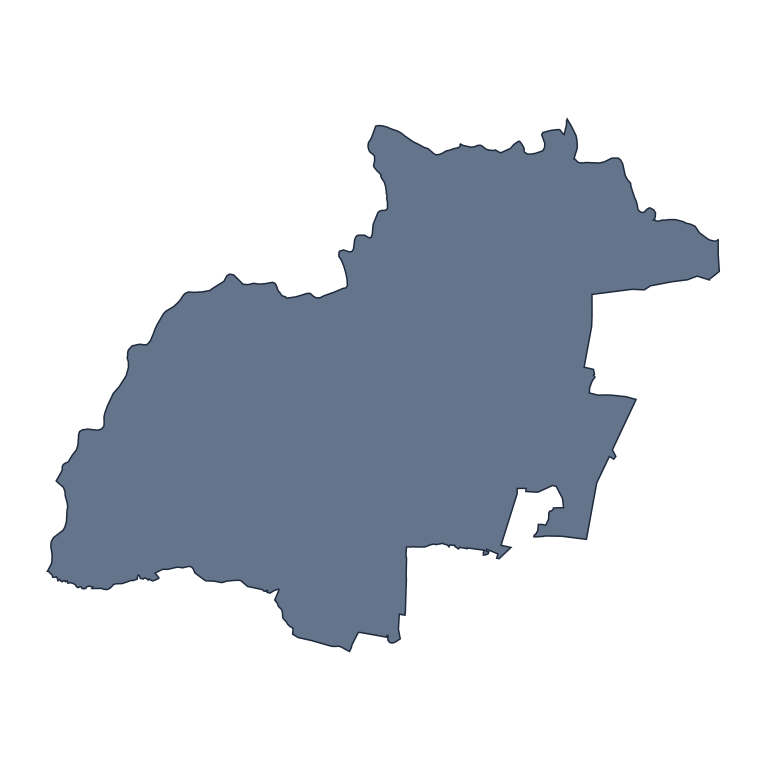 the district of Tonalá, Jalisco, Mexico, rotated 271°
{"feature_id": "50627088B51379954961865", "entity_name": "Tonalá", "entity_type": "district", "adm_level": 2, "iso_a3": "MEX", "parent_name": "Mexico", "parent_adm1": "Jalisco", "projection": "orthographic", "projection_center": [-103.228, 20.618], "detail": "fine", "context": "isolated", "style": "filled", "palette": "slate", "viewbox_px": 768, "rotation_deg": 271, "n_neighbors": 0, "source": "geoboundaries", "source_scale": "gbopen_adm2", "svg_char_len": 6102}
<svg xmlns="http://www.w3.org/2000/svg" viewBox="0 0 768 768"><g transform="rotate(271 384 384)"><path d="M132.2,297.0L129.0,302.6L126.2,316.1L120.9,335.9L120.7,338.8L121.0,343.3L120.4,345.5L115.9,354.2L119.7,355.9L122.6,356.5L135.1,362.6L135.2,364.5L130.8,391.6L132.5,391.4L132.7,392.1L132.1,392.5L129.7,392.3L127.6,392.5L125.7,394.3L125.3,395.7L125.2,397.5L126.3,400.0L129.5,404.7L139.1,402.7L154.1,403.3L153.2,409.0L155.2,409.0L155.2,409.3L189.4,409.8L194.0,409.5L209.7,409.6L214.0,408.9L221.4,409.4L221.7,410.6L221.5,411.7L221.5,414.6L221.9,415.1L221.6,418.1L221.7,426.5L222.0,428.3L224.5,434.7L224.8,437.1L224.3,438.7L225.7,445.5L225.0,446.7L224.4,449.4L223.7,450.6L222.3,451.8L224.2,452.7L223.8,457.8L222.8,457.8L220.4,461.3L222.0,462.6L220.8,470.0L221.6,470.1L219.5,487.3L217.3,486.3L214.7,486.3L214.9,488.2L215.9,491.0L217.9,491.7L218.8,489.1L220.5,489.7L216.1,500.9L211.8,499.7L211.3,502.1L222.8,513.8L224.8,503.8L276.4,519.0L281.9,519.0L282.1,527.9L279.0,527.7L278.5,538.4L278.8,540.4L285.5,554.3L284.6,558.0L272.6,564.5L263.5,565.7L263.0,555.5L261.9,555.5L259.8,553.6L259.9,552.1L258.4,551.1L251.7,550.9L245.5,548.0L246.5,544.1L246.4,543.3L246.0,542.7L246.4,540.8L240.0,540.3L236.8,538.5L235.2,536.7L233.9,536.5L233.8,538.1L234.4,546.1L234.9,548.0L234.9,564.0L232.2,589.1L288.8,598.4L315.5,610.6L312.9,615.0L315.6,617.1L322.1,613.5L372.9,636.3L375.5,626.5L376.8,611.9L376.9,606.2L376.6,598.1L378.7,589.3L381.1,589.7L383.1,589.5L389.4,591.6L391.5,592.7L394.5,594.8L396.5,593.2L397.2,594.3L402.3,593.2L404.3,583.8L445.1,590.6L455.4,590.8L477.2,590.4L483.0,630.2L482.7,642.7L486.8,648.7L491.3,670.3L493.5,685.6L497.3,695.1L493.8,707.3L494.1,707.2L502.4,717.3L519.4,715.9L534.0,715.6L532.7,713.3L532.5,712.5L533.6,707.3L534.8,705.0L540.7,696.8L547.2,692.2L549.2,687.5L550.1,683.1L551.5,680.5L553.4,672.9L553.4,666.4L552.8,662.7L552.7,658.9L551.6,656.0L551.8,653.3L552.6,652.1L552.6,650.6L554.0,651.8L555.9,652.3L559.9,652.5L562.7,650.7L564.2,648.1L564.8,646.4L563.3,643.8L560.2,641.0L560.1,638.8L560.4,637.6L562.8,634.8L566.8,634.2L570.8,633.2L575.3,631.1L583.7,628.2L586.8,627.3L589.0,627.1L592.6,623.9L596.7,621.5L608.4,618.8L612.3,616.5L614.0,614.2L613.8,607.8L610.0,600.5L608.7,595.5L609.0,581.8L608.5,579.7L608.6,575.6L609.2,574.0L612.2,570.9L612.4,570.0L622.8,573.0L626.0,573.1L631.2,572.7L635.9,571.6L645.5,566.6L652.1,562.5L650.6,562.0L646.2,561.9L636.6,559.8L637.0,558.9L641.2,555.5L641.5,554.0L640.5,546.5L638.2,538.4L636.1,537.3L627.3,540.6L623.2,540.4L619.9,538.6L617.3,531.5L616.4,526.7L616.4,523.5L618.3,520.3L619.8,519.8L621.3,520.1L623.1,519.5L627.3,516.9L629.0,515.3L629.1,514.4L625.7,509.6L621.8,506.4L617.3,497.0L617.8,495.0L620.0,491.2L619.4,490.1L619.6,485.8L620.4,482.3L624.2,477.1L624.4,474.2L622.7,469.9L622.3,467.1L623.8,459.3L625.3,456.2L624.7,455.8L623.5,456.3L622.7,455.8L621.4,453.6L620.5,449.5L618.8,445.2L618.1,442.0L615.5,437.9L614.4,434.9L614.1,431.6L615.4,429.6L620.0,424.0L621.4,419.7L624.6,413.6L626.4,409.4L632.6,400.1L635.4,396.5L637.3,392.8L639.2,386.7L640.8,383.0L642.1,378.0L642.3,373.4L641.7,371.2L629.5,367.0L625.1,364.3L621.8,363.8L618.7,364.4L616.2,365.5L615.0,366.7L613.4,369.0L611.5,370.6L606.8,370.7L602.2,369.7L600.5,370.4L597.3,373.0L593.2,377.3L592.1,377.1L589.7,378.0L586.1,380.6L582.4,381.9L577.2,382.9L574.4,383.0L572.4,383.8L569.9,383.4L565.6,384.3L559.4,384.4L558.1,382.9L557.6,381.6L557.5,378.7L556.8,376.6L555.5,375.0L543.6,370.4L534.0,369.7L530.4,368.6L529.9,366.5L532.4,362.0L532.4,355.9L531.7,354.2L530.1,353.0L527.3,352.1L518.7,351.2L516.1,349.8L515.4,347.3L517.3,341.2L516.0,337.2L514.7,336.7L510.9,336.6L507.4,339.0L501.3,341.7L494.5,343.8L488.4,345.2L481.9,345.7L479.4,344.3L479.0,341.7L474.6,331.7L471.3,322.7L469.1,318.6L468.9,314.9L470.5,311.8L473.3,308.7L473.3,305.7L469.6,294.4L468.1,285.2L469.6,283.9L470.2,281.1L471.9,279.2L473.8,278.2L475.2,276.6L480.2,274.8L482.6,273.4L483.7,270.9L482.1,262.6L481.7,257.3L482.4,251.8L480.9,246.1L481.4,241.2L490.4,231.9L491.2,228.0L489.8,225.2L483.8,222.1L477.0,211.6L474.4,208.1L472.9,200.3L472.3,192.7L472.6,186.8L470.9,183.3L468.4,181.2L464.3,178.7L461.2,176.0L457.6,172.1L453.0,164.6L450.2,162.2L439.8,156.3L434.4,153.9L431.4,153.0L423.2,149.7L419.9,147.1L418.9,145.1L419.5,138.8L417.7,131.4L413.8,128.0L411.3,127.2L408.3,127.2L405.5,126.8L401.8,128.0L396.0,128.2L387.7,126.0L377.0,119.5L369.9,113.5L357.9,108.1L350.5,105.5L346.0,104.6L340.6,104.9L337.0,104.7L334.0,102.3L332.8,98.3L333.8,88.2L333.2,86.0L333.1,83.7L331.2,80.5L328.4,79.6L319.6,79.2L316.9,78.8L312.9,77.7L307.6,73.7L300.6,69.6L299.1,66.3L297.7,64.6L295.8,63.8L292.3,63.7L290.8,63.1L281.3,57.9L275.0,65.3L270.9,66.9L266.8,67.2L259.3,69.4L255.5,69.9L252.1,69.3L240.9,68.9L235.3,67.4L232.3,65.8L224.7,56.3L220.4,54.0L215.9,53.7L207.7,55.1L201.4,55.1L198.0,54.4L190.8,50.7L190.6,52.3L189.0,53.3L187.6,55.3L185.1,56.1L184.9,57.8L185.5,59.8L183.9,60.8L181.6,61.3L181.7,61.9L182.9,63.3L182.3,64.1L181.1,64.5L180.7,65.8L181.9,67.4L181.8,67.9L180.8,68.9L181.7,70.0L181.5,70.7L179.7,71.0L179.3,71.7L179.9,73.5L179.2,76.6L177.8,79.0L176.2,79.8L175.4,80.8L175.1,82.1L175.9,83.0L175.9,84.8L174.1,85.8L174.1,88.7L174.6,88.9L174.7,89.6L175.8,90.0L176.7,92.0L176.0,96.4L174.4,95.5L174.7,105.0L173.9,107.3L173.6,109.6L173.8,111.2L174.9,113.4L176.6,115.3L178.3,116.5L179.5,118.9L179.9,125.9L183.1,134.4L183.3,136.0L183.0,136.5L184.6,140.7L187.0,140.9L188.6,141.5L188.5,142.1L187.5,143.1L185.3,143.7L185.3,145.0L184.7,146.4L185.7,147.8L185.7,149.4L183.8,151.7L184.9,152.8L183.6,154.7L183.1,156.1L183.5,157.6L185.6,162.1L186.5,162.3L190.9,158.4L194.9,166.0L194.9,171.0L197.3,180.6L196.7,186.1L198.2,191.6L198.0,193.8L197.1,195.5L195.9,196.4L191.7,198.3L184.6,208.3L184.1,209.6L183.9,217.7L182.6,225.1L183.0,227.1L184.1,229.8L185.1,238.6L185.2,243.2L184.9,244.3L179.2,251.1L176.3,266.0L174.8,267.6L174.7,269.4L175.7,270.1L175.4,271.2L173.6,270.8L172.9,273.7L175.4,277.5L177.1,282.0L176.6,282.6L175.6,282.3L166.3,278.6L165.7,278.7L163.1,281.0L159.8,282.3L156.5,285.7L153.3,286.5L149.1,286.7L147.7,287.3L144.0,290.8L142.2,291.8L140.1,294.0L138.6,296.6L137.7,297.4L132.2,297.0Z" fill="#64748b" stroke="#1e293b" stroke-width="1.5"/></g></svg>